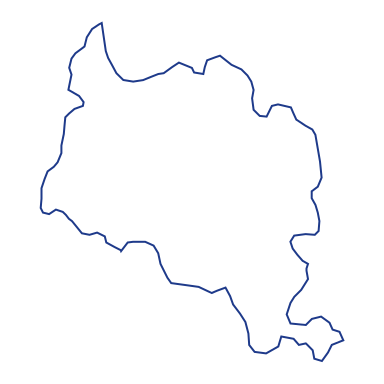 Chungju-si, North Chungcheong, South Korea
{"feature_id": "91817680B87543439372548", "entity_name": "Chungju-si", "entity_type": "district", "adm_level": 2, "iso_a3": "KOR", "parent_name": "South Korea", "parent_adm1": "North Chungcheong", "projection": "albers", "projection_center": [127.905, 36.999], "detail": "fine", "context": "isolated", "style": "outline", "palette": "blue", "viewbox_px": 384, "rotation_deg": 0, "n_neighbors": 0, "source": "geoboundaries", "source_scale": "gbopen_adm2", "svg_char_len": 1793}
<svg xmlns="http://www.w3.org/2000/svg" viewBox="0 0 384 384"><path d="M68.4,89.8L79.1,96.0L83.6,102.1L82.9,105.9L74.5,108.9L69.1,113.5L65.3,117.3L64.5,125.7L63.8,134.0L61.4,145.5L61.4,153.1L57.6,162.3L53.8,166.8L47.6,171.4L44.6,179.0L41.5,188.2L41.5,198.8L40.7,208.0L43.0,212.6L49.1,214.1L55.9,209.6L62.8,211.9L65.9,214.9L68.9,218.8L72.0,221.1L81.9,233.3L89.5,234.8L97.1,232.6L104.8,236.4L106.3,242.5L114.7,247.1L120.8,250.2L121.1,251.1L127.7,242.5L133.0,241.8L140.7,241.8L145.2,241.8L153.6,245.6L158.2,253.2L160.5,263.9L167.4,277.7L171.2,283.1L188.0,285.4L198.7,286.9L211.7,293.0L217.1,290.7L225.5,287.6L230.1,296.1L233.1,304.5L240.0,313.6L245.4,322.0L248.4,333.5L249.2,345.0L254.6,351.9L266.1,353.4L278.3,346.5L281.3,336.5L293.6,338.8L298.9,344.9L305.8,343.4L307.0,344.5L312.7,350.3L314.3,358.7L321.9,361.0L328.0,352.5L331.8,344.9L343.3,340.3L341.6,336.5L339.5,331.8L332.6,329.6L329.5,322.7L321.1,316.6L311.9,318.9L305.8,325.0L290.5,323.5L286.7,314.4L290.5,302.9L294.3,296.8L301.2,289.9L308.0,279.1L306.5,270.7L306.5,268.5L308.0,263.9L302.6,260.8L297.3,254.7L292.7,248.6L290.4,241.7L294.2,235.6L305.6,234.1L314.8,234.8L318.6,231.0L319.4,221.1L317.8,212.7L315.5,205.0L311.7,198.2L311.7,191.3L317.8,186.7L321.6,177.6L320.0,161.5L315.4,134.8L312.3,129.5L305.5,125.7L296.3,119.6L293.2,112.8L290.9,107.4L278.0,104.4L271.9,105.9L266.6,116.6L259.7,115.9L253.6,109.8L252.1,98.3L253.6,90.0L251.3,81.6L247.5,75.5L241.4,69.4L231.5,64.8L220.0,55.7L215.5,57.2L207.1,60.3L204.8,67.1L203.3,74.0L194.1,72.5L191.9,67.9L178.9,62.6L172.1,67.1L163.7,73.2L158.3,74.0L150.7,77.0L143.1,80.1L133.2,81.6L123.3,80.0L116.4,73.2L111.9,64.8L108.1,57.9L105.8,51.1L101.7,23.0L99.0,24.4L92.1,29.0L86.8,37.3L84.5,46.5L75.4,53.3L71.5,58.6L69.2,67.8L71.5,74.6L68.4,89.8Z" fill="none" stroke="#1e3a8a" stroke-width="2"/></svg>